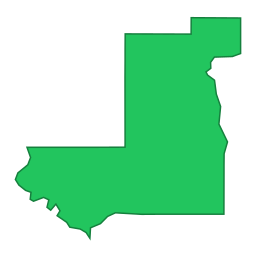 Muskogee, Oklahoma, United States of America (orthographic projection), rotated 90°
{"feature_id": "52423323B58329438653924", "entity_name": "Muskogee", "entity_type": "district", "adm_level": 2, "iso_a3": "USA", "parent_name": "United States of America", "parent_adm1": "Oklahoma", "projection": "orthographic", "projection_center": [-95.338, 35.56], "detail": "fine", "context": "isolated", "style": "filled", "palette": "green", "viewbox_px": 256, "rotation_deg": 90, "n_neighbors": 0, "source": "geoboundaries", "source_scale": "gbopen_adm2", "svg_char_len": 825}
<svg xmlns="http://www.w3.org/2000/svg" viewBox="0 0 256 256"><g transform="rotate(90 128 128)"><path d="M33.9,130.8L49.6,130.9L61.1,130.9L77.6,131.0L144.5,130.9L147.2,131.0L147.3,162.8L147.3,229.0L157.5,225.4L164.8,228.2L172.9,238.1L179.5,240.6L185.1,237.1L190.4,230.4L192.3,225.0L199.3,225.8L201.2,222.5L197.4,212.4L199.8,207.2L207.3,209.0L210.2,205.3L204.1,200.1L210.8,196.0L215.7,198.9L222.3,189.3L227.2,186.2L229.0,175.9L232.5,169.9L238.3,166.1L227.8,165.5L223.6,155.5L216.4,148.4L212.8,140.6L214.3,114.3L214.2,98.0L214.2,38.5L214.2,37.5L214.2,32.1L171.6,32.0L165.0,32.0L153.7,31.9L141.9,28.5L124.1,37.1L106.5,35.4L94.1,39.7L82.4,41.2L80.2,41.5L75.1,48.4L71.9,50.0L68.3,45.2L62.3,45.4L57.1,41.6L56.5,23.6L53.5,15.4L18.0,15.4L17.7,64.8L34.1,64.9L33.9,130.8Z" fill="#22c55e" stroke="#15803d" stroke-width="1.5"/></g></svg>